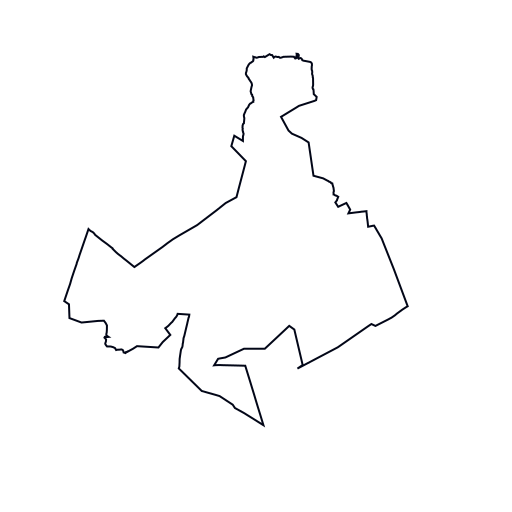 outline of Amatenango del Valle, Chiapas, Mexico, rotated 135°
{"feature_id": "50627088B92291205530410", "entity_name": "Amatenango del Valle", "entity_type": "district", "adm_level": 2, "iso_a3": "MEX", "parent_name": "Mexico", "parent_adm1": "Chiapas", "projection": "albers", "projection_center": [-92.415, 16.516], "detail": "fine", "context": "isolated", "style": "outline", "palette": "ink", "viewbox_px": 512, "rotation_deg": 135, "n_neighbors": 0, "source": "geoboundaries", "source_scale": "gbopen_adm2", "svg_char_len": 5978}
<svg xmlns="http://www.w3.org/2000/svg" viewBox="0 0 512 512"><g transform="rotate(135 256 256)"><path d="M370.4,131.1L364.9,141.4L361.8,147.3L358.7,153.1L355.4,159.2L351.9,165.8L348.8,171.6L341.2,186.0L344.3,189.3L350.1,195.4L356.6,202.2L358.9,204.7L361.9,207.5L362.9,208.3L355.5,210.1L354.1,209.2L349.4,205.9L330.0,198.9L315.3,184.2L309.6,184.0L288.7,183.3L281.9,183.1L280.9,176.9L300.1,145.9L306.3,147.1L262.7,133.6L226.6,127.1L222.5,126.3L221.0,122.1L206.9,117.5L205.1,117.0L203.9,116.6L200.1,115.9L199.5,115.8L199.3,115.8L196.9,115.6L190.4,114.6L185.7,113.6L184.3,113.2L167.9,149.1L156.8,174.8L154.7,179.6L153.8,183.2L153.1,185.8L152.4,188.6L152.3,189.0L152.1,189.7L151.9,190.3L151.5,192.0L151.0,194.0L152.1,194.8L152.5,195.1L152.9,195.3L156.0,197.4L152.7,201.5L152.1,202.3L151.8,202.7L151.5,203.0L151.4,203.2L151.0,203.8L150.5,204.4L149.5,205.6L149.4,205.8L149.0,206.3L148.6,206.7L148.2,207.2L147.5,208.1L147.3,208.4L146.5,209.3L146.2,209.6L147.2,210.4L148.1,211.1L149.1,211.9L149.9,212.6L151.0,213.4L152.2,214.3L153.3,215.2L154.3,216.0L160.5,220.8L156.6,222.2L155.2,227.2L155.2,227.4L155.1,227.5L154.6,229.6L163.1,232.7L162.0,237.8L159.4,238.1L158.8,238.5L156.0,239.7L156.2,240.5L156.4,241.5L156.6,242.0L156.9,242.3L157.2,243.1L157.4,244.5L157.6,244.7L156.9,245.4L156.1,246.3L155.0,246.8L153.7,248.5L153.0,249.4L152.7,249.9L152.4,250.6L152.0,251.2L151.9,251.4L151.3,252.5L150.7,253.4L151.0,253.9L151.2,254.1L151.3,254.3L151.2,254.9L151.1,255.4L151.3,255.7L151.4,256.1L151.4,256.3L151.8,256.9L151.9,258.1L152.1,258.4L153.6,263.4L158.6,272.1L149.3,284.6L147.5,287.0L138.5,299.1L140.3,307.3L144.1,317.1L144.3,321.7L143.9,323.1L139.9,336.7L122.6,332.5L119.5,331.8L118.1,331.1L105.1,324.4L103.3,323.7L100.6,325.6L100.7,329.6L98.8,331.7L97.6,333.2L97.7,333.7L97.4,334.2L97.2,334.8L96.8,335.2L96.4,335.5L95.9,335.7L95.1,336.2L94.4,336.8L90.9,340.4L90.3,341.0L89.7,341.7L89.4,342.4L88.8,342.9L88.5,343.3L88.1,344.1L87.8,344.8L87.4,345.3L86.7,345.8L86.0,346.5L85.4,347.2L85.1,347.9L84.9,348.4L84.4,348.8L83.8,349.6L83.4,349.8L82.5,350.7L81.8,351.1L80.6,352.3L80.4,352.8L80.2,353.5L80.2,354.1L80.4,354.8L83.3,359.1L84.1,360.2L84.6,361.2L84.8,361.7L84.5,362.3L84.3,363.0L84.3,363.7L84.4,364.2L84.7,364.7L85.3,365.0L86.3,365.2L86.3,366.1L85.4,367.0L84.5,367.1L83.9,367.6L83.5,368.2L83.5,369.3L84.3,370.3L85.1,369.2L85.5,368.6L85.8,368.7L86.1,368.8L86.5,368.6L86.8,368.1L87.1,367.5L87.9,367.5L88.6,367.9L88.3,370.1L90.4,372.4L95.7,377.4L97.8,378.4L98.8,379.1L99.0,379.6L99.1,380.7L100.1,381.5L101.1,383.2L102.3,383.8L103.2,383.7L103.1,384.3L102.5,386.6L103.4,387.7L103.7,389.1L109.1,390.4L109.2,390.8L109.3,391.4L109.4,391.7L109.8,391.7L110.2,391.8L111.5,393.1L111.9,393.4L112.6,394.1L113.3,394.7L114.0,395.0L114.8,395.4L115.5,395.9L115.8,396.5L115.9,396.9L116.3,397.4L117.0,398.8L117.8,397.8L118.3,397.2L118.6,396.9L119.3,396.6L119.7,396.2L119.8,396.0L120.3,395.9L120.7,395.9L121.2,396.0L122.0,396.2L122.7,396.2L123.3,396.5L123.9,396.6L124.9,396.6L126.2,396.4L129.9,395.2L130.6,394.5L131.1,394.0L131.7,393.6L132.5,393.1L133.6,392.6L134.5,391.8L135.0,390.4L135.3,389.1L135.3,388.4L135.3,387.6L135.5,387.2L135.6,386.7L135.8,386.6L135.9,386.1L136.0,385.7L136.0,385.2L136.2,384.5L136.3,383.9L136.4,383.5L136.5,382.7L136.7,382.0L136.8,381.5L137.2,380.8L137.7,380.0L138.4,379.3L139.0,379.1L140.3,378.3L143.3,376.3L144.8,373.7L144.9,373.3L144.8,373.0L144.7,372.8L144.9,372.5L145.3,372.0L145.6,371.7L145.6,371.4L145.8,370.2L147.0,368.7L147.6,367.8L148.3,367.6L148.9,366.9L149.4,367.2L149.9,367.3L150.4,367.4L150.9,367.5L151.4,367.5L152.5,367.9L154.1,367.7L156.4,366.8L159.4,366.6L161.8,365.5L163.5,364.9L165.0,364.2L166.1,362.9L166.7,361.8L168.3,360.4L170.4,358.7L170.7,358.4L171.2,358.4L171.7,358.5L172.7,358.0L173.4,357.6L173.6,357.3L174.3,356.8L174.6,356.5L175.0,356.1L175.1,355.7L175.4,355.3L176.0,355.0L176.5,354.5L176.6,354.2L177.1,353.6L177.2,353.1L177.7,352.6L177.9,352.1L178.2,351.4L178.8,350.9L179.3,350.5L179.6,350.4L180.0,350.2L180.5,349.9L181.4,349.1L183.9,346.6L186.3,356.4L195.8,351.1L196.1,330.2L200.5,327.6L220.4,316.0L228.2,311.4L240.0,314.9L251.6,316.2L275.9,319.5L295.3,324.7L303.0,326.6L305.5,327.0L309.6,327.7L315.8,328.5L336.9,332.1L338.6,332.3L338.8,332.3L342.6,332.9L349.8,334.2L350.1,336.9L350.9,344.6L351.3,347.7L351.6,351.5L351.8,352.5L352.2,355.7L352.2,356.5L352.3,357.6L352.3,358.7L352.3,362.5L352.0,362.7L352.0,363.2L352.2,364.2L352.9,370.1L353.5,373.9L353.8,375.8L354.7,383.8L354.8,384.7L354.6,385.7L354.5,386.4L354.5,387.6L354.5,388.1L354.8,389.1L354.9,389.6L355.3,390.6L355.4,393.0L355.4,393.5L363.3,389.6L364.8,388.9L380.4,381.3L382.6,380.1L382.9,380.0L383.9,379.5L387.5,377.9L388.3,377.3L395.2,374.0L402.2,370.5L407.0,367.8L408.4,367.1L412.8,365.0L423.5,359.7L422.4,354.1L431.8,344.0L426.4,332.3L418.6,325.9L413.6,321.8L409.3,317.8L409.7,314.9L410.5,312.3L413.7,309.2L415.2,307.9L415.8,307.4L416.8,306.8L417.8,305.9L417.8,305.3L417.8,304.5L417.5,303.1L418.6,304.0L419.2,304.7L420.1,305.7L420.9,305.4L420.9,304.0L421.1,302.9L422.7,301.6L424.4,300.8L424.9,300.1L425.2,298.5L425.3,297.4L422.7,294.7L421.4,292.4L420.8,290.5L421.4,288.4L420.5,287.9L419.5,287.0L418.5,286.1L417.3,285.2L416.7,283.9L417.2,282.2L417.8,281.4L417.2,280.2L416.9,279.6L416.7,279.6L416.3,279.7L415.8,280.0L415.3,279.7L414.7,279.1L414.0,279.2L413.7,278.9L413.3,278.8L408.6,277.4L403.9,276.4L389.7,260.3L382.8,261.1L372.4,260.8L371.2,269.1L369.2,268.8L367.3,268.6L363.9,268.7L362.9,268.7L361.9,268.6L360.0,268.9L357.5,269.3L355.5,269.4L353.8,269.8L353.2,270.1L352.6,270.3L352.3,270.5L344.6,261.7L345.8,260.8L346.5,260.3L347.2,260.1L351.9,257.2L352.0,257.1L357.7,253.6L363.2,250.2L365.4,249.1L366.2,248.4L366.9,247.9L367.5,247.4L367.9,247.1L368.4,246.7L368.9,246.3L369.8,245.8L370.4,245.3L371.6,244.3L372.6,243.7L373.2,243.5L374.0,243.3L374.6,243.1L375.7,242.5L380.3,239.1L382.8,237.2L385.4,234.7L388.4,232.0L390.1,231.1L389.8,198.9L382.8,186.4L380.8,182.7L377.6,167.3L378.4,163.4L375.4,153.0L374.8,150.3L373.6,145.2L370.4,131.1Z" fill="none" stroke="#020617" stroke-width="2"/></g></svg>